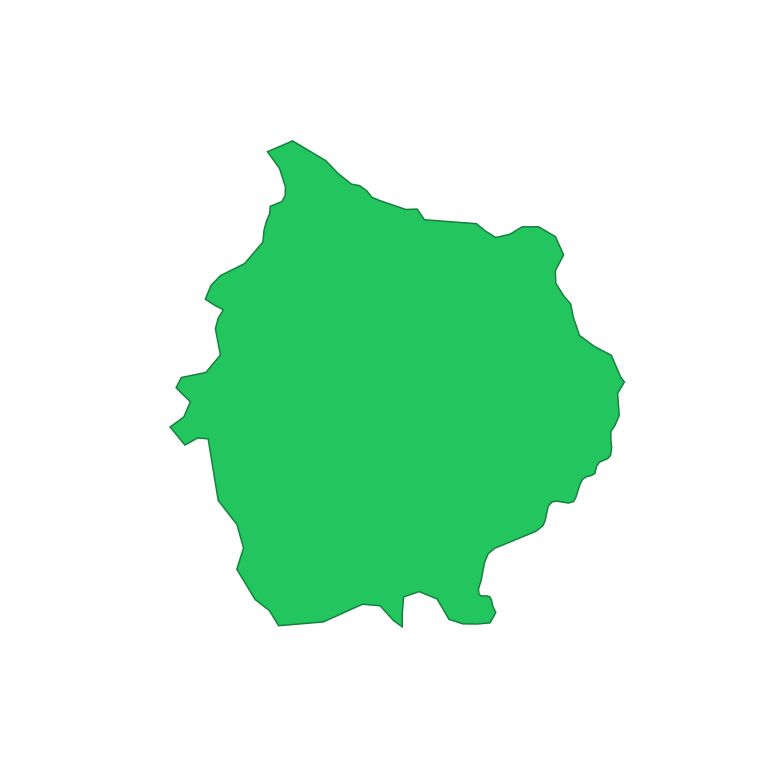 outline of Yambol, rotated 328°
{"feature_id": "BGR-2255", "entity_name": "Yambol", "entity_type": "Province", "adm_level": 1, "iso_a3": "BGR", "parent_name": "Bulgaria", "parent_adm1": "", "projection": "orthographic", "projection_center": [26.657, 42.284], "detail": "fine", "context": "isolated", "style": "filled", "palette": "green", "viewbox_px": 768, "rotation_deg": 328, "n_neighbors": 0, "source": "natural_earth", "source_scale": "10m", "svg_char_len": 1611}
<svg xmlns="http://www.w3.org/2000/svg" viewBox="0 0 768 768"><g transform="rotate(328 384 384)"><path d="M588.9,510.0L588.2,510.0L577.1,515.8L566.8,535.3L557.8,541.6L551.3,544.4L547.2,550.9L543.4,558.5L538.2,564.7L534.1,565.8L525.4,564.4L520.5,566.5L515.5,571.6L511.2,571.5L506.8,569.9L501.7,570.1L496.7,573.2L491.0,578.1L486.3,582.1L482.4,584.1L477.3,582.7L468.6,575.1L464.2,573.0L458.6,574.6L448.6,584.9L443.8,588.4L434.8,589.4L390.9,582.0L382.5,583.1L374.9,588.5L361.4,603.0L358.0,605.6L355.1,608.5L353.2,612.6L354.0,615.1L359.6,618.7L361.0,620.8L360.6,624.3L358.6,629.8L358.1,633.1L357.8,636.9L357.5,637.1L347.4,642.8L335.6,636.8L323.8,629.2L314.4,618.1L315.1,594.4L303.8,578.7L287.8,575.0L277.8,588.4L270.8,599.6L266.7,589.7L263.2,570.1L249.1,559.4L206.4,553.6L166.5,533.1L166.8,515.6L160.5,498.6L161.0,463.1L178.0,448.6L184.8,425.5L181.7,394.9L205.8,337.3L197.3,331.0L182.8,330.3L179.8,307.1L196.7,305.9L210.3,296.5L205.7,277.0L215.6,271.1L239.0,279.8L260.6,272.7L270.3,247.8L278.2,240.4L287.0,235.9L282.1,227.5L277.4,217.3L289.6,208.7L302.9,205.4L329.6,208.0L356.4,199.5L363.5,190.3L370.7,183.5L377.3,179.0L381.7,173.0L394.1,175.2L400.2,171.7L404.9,164.5L409.6,145.9L408.3,125.2L435.3,129.4L453.0,163.9L456.7,181.4L462.3,197.3L468.4,202.8L471.8,211.1L472.7,219.2L476.7,225.0L494.9,247.5L504.9,253.3L505.3,266.1L547.4,297.1L551.2,308.3L556.3,318.9L570.0,323.7L584.4,323.9L598.5,332.7L607.5,350.0L604.7,369.7L589.3,378.8L583.1,389.6L583.1,404.2L584.7,415.0L579.9,427.9L575.5,446.3L582.1,463.2L592.0,480.2L588.4,503.4L588.9,509.9L588.9,510.0Z" fill="#22c55e" stroke="#15803d" stroke-width="1.5"/></g></svg>